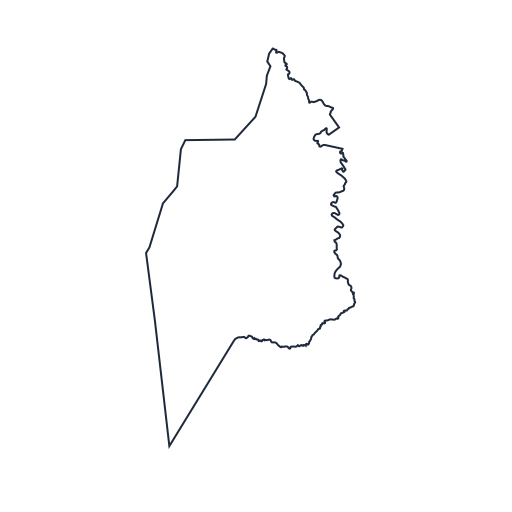 outline of San Pedro Sula, Cortés, Honduras, rotated 284°
{"feature_id": "27666195B7809661399251", "entity_name": "San Pedro Sula", "entity_type": "district", "adm_level": 2, "iso_a3": "HND", "parent_name": "Honduras", "parent_adm1": "Cortés", "projection": "robinson", "projection_center": [-88.073, 15.5], "detail": "fine", "context": "isolated", "style": "outline", "palette": "slate", "viewbox_px": 512, "rotation_deg": 284, "n_neighbors": 0, "source": "geoboundaries", "source_scale": "gbopen_adm2", "svg_char_len": 6165}
<svg xmlns="http://www.w3.org/2000/svg" viewBox="0 0 512 512"><g transform="rotate(284 256 256)"><path d="M461.3,222.0L455.5,219.8L447.4,219.9L443.6,224.1L433.7,222.9L425.3,224.2L391.0,221.8L363.9,207.2L351.3,159.4L341.5,157.3L304.5,162.6L299.6,160.4L284.6,153.0L238.5,150.5L232.3,148.6L168.4,173.7L50.6,217.9L168.5,255.1L170.6,256.0L172.6,258.3L173.2,259.7L173.5,261.4L174.4,263.3L174.6,264.2L173.8,265.8L173.9,266.4L174.5,266.9L174.8,267.4L175.7,267.8L176.7,268.0L177.1,268.5L176.9,269.9L176.8,271.5L176.5,271.9L175.4,272.7L175.2,273.2L175.2,273.4L175.8,274.1L175.0,274.5L175.1,274.9L175.7,275.8L175.6,276.1L175.1,276.6L175.4,277.6L175.4,278.0L175.1,278.5L174.2,279.0L174.1,279.3L174.3,279.7L174.9,280.0L175.1,280.4L174.5,281.7L174.5,282.0L175.1,282.5L176.1,282.6L176.5,283.5L176.9,283.8L176.9,284.1L176.3,284.4L176.2,284.7L176.9,285.4L176.9,286.9L178.0,288.7L178.1,289.4L177.9,290.4L176.7,291.3L176.0,292.5L176.6,294.4L176.7,295.4L176.7,296.1L176.0,297.6L175.2,298.4L173.5,301.8L173.6,302.5L174.3,302.8L174.3,303.6L174.7,304.7L174.7,305.3L175.4,306.3L175.5,307.2L175.7,307.9L175.5,308.8L174.4,310.2L174.2,311.1L174.4,311.4L174.8,311.6L175.9,311.5L176.4,311.8L176.9,312.9L177.4,315.3L177.6,316.6L178.3,317.4L179.6,318.2L178.9,319.3L178.9,319.9L179.0,320.1L180.0,320.8L180.5,321.4L180.5,321.7L180.1,322.8L180.4,323.5L181.0,323.4L181.2,323.6L181.3,324.1L181.1,325.1L181.6,325.5L181.3,325.9L182.4,325.8L183.0,326.2L183.1,326.7L182.5,327.7L182.7,328.0L183.4,328.4L184.3,328.6L185.7,328.3L186.4,328.8L189.0,329.5L190.9,329.3L192.0,329.8L192.9,330.0L193.7,330.9L195.5,331.7L198.2,333.4L200.0,334.0L201.1,335.6L202.3,335.3L203.2,335.9L204.3,335.5L204.7,335.5L205.3,336.5L205.7,336.6L206.5,336.5L206.9,336.7L207.1,337.3L207.1,338.5L207.7,339.2L208.1,339.2L208.5,338.7L209.0,338.3L209.7,338.3L210.1,338.8L210.8,341.0L212.2,342.7L212.4,343.7L212.8,344.4L212.9,346.3L213.1,347.2L213.4,347.9L214.9,349.3L214.8,350.3L215.0,350.6L215.7,351.0L216.6,350.4L217.2,350.4L219.2,351.9L220.8,352.2L222.1,354.1L223.1,355.3L223.5,355.2L223.7,354.6L224.0,354.6L224.2,354.8L224.5,355.2L224.8,356.7L225.1,357.3L226.5,357.8L227.2,358.7L228.1,358.8L229.2,360.6L230.3,361.8L230.8,362.7L231.9,362.8L232.2,363.0L232.9,362.8L235.0,363.4L235.6,363.1L235.9,362.6L236.2,362.5L237.6,362.1L238.8,360.9L240.1,360.8L242.0,360.0L242.9,360.0L242.6,359.3L242.8,359.1L243.4,359.1L243.7,359.0L244.2,359.3L244.5,357.8L245.6,356.4L246.1,356.3L248.0,356.4L249.1,355.9L249.8,355.3L250.6,353.0L251.1,352.5L253.0,351.4L254.6,351.1L255.7,350.5L256.7,346.8L256.9,345.2L257.5,343.7L257.7,342.6L257.6,342.0L257.4,341.7L256.8,341.6L256.1,341.9L255.0,341.8L254.4,341.4L254.1,340.9L253.7,339.3L253.7,338.1L254.1,337.4L255.6,336.8L258.0,336.5L259.8,336.8L261.2,337.3L263.6,338.5L265.8,340.1L268.1,340.4L268.9,340.3L270.4,339.6L271.9,338.5L273.5,336.0L275.5,335.2L276.5,334.4L277.7,332.1L278.9,330.9L279.4,330.8L280.0,330.9L280.5,331.4L281.0,332.5L281.6,332.8L282.1,332.8L284.2,332.1L286.5,331.6L287.4,331.2L288.4,330.3L288.9,328.9L290.2,328.2L290.6,328.6L290.7,329.0L291.2,329.5L293.0,331.2L293.7,332.4L294.8,332.7L296.0,332.8L297.2,332.0L297.8,331.3L298.8,329.6L299.4,327.5L300.2,326.2L300.6,326.0L301.4,326.2L302.7,327.0L303.7,327.6L304.3,328.2L304.5,328.8L304.3,331.9L304.5,332.5L305.6,333.1L307.0,333.3L308.1,332.2L309.7,329.8L311.3,325.2L312.3,323.5L313.3,320.4L313.7,319.8L314.4,319.4L315.0,319.4L315.8,319.8L316.3,320.4L316.6,321.3L316.6,322.2L315.7,325.5L315.9,326.1L316.3,326.5L316.9,326.7L317.5,326.6L318.2,326.3L320.5,324.3L322.0,322.6L322.8,322.0L323.0,321.1L323.0,320.0L323.7,316.8L324.0,316.4L324.5,316.2L325.7,316.4L326.7,317.3L327.1,318.3L326.8,320.1L327.2,320.7L327.9,321.0L331.1,321.2L332.2,321.1L332.9,320.8L333.4,320.2L333.6,319.3L333.4,318.8L332.9,318.2L332.8,317.4L333.5,316.7L334.0,316.7L336.1,317.6L336.6,317.9L337.0,318.5L337.8,321.1L338.3,322.0L339.3,323.2L340.4,324.9L341.6,325.5L342.8,325.3L344.8,324.2L345.1,324.1L347.1,324.9L348.2,324.9L349.9,325.7L350.3,325.6L351.8,324.3L352.6,323.5L354.7,319.5L355.8,316.2L356.7,314.1L357.1,313.6L357.6,313.3L358.1,313.4L358.6,313.8L359.5,315.2L361.8,318.0L361.6,318.6L360.1,318.9L359.1,319.9L358.9,320.4L359.2,320.8L361.2,321.9L361.6,321.9L364.4,319.0L367.4,315.5L368.2,315.1L369.4,314.8L370.3,314.9L370.5,315.3L369.9,316.7L370.0,318.8L369.3,320.4L369.5,321.0L370.1,321.0L370.7,320.4L371.9,318.8L372.8,317.9L373.4,316.8L375.3,316.3L377.1,315.3L377.1,314.9L376.3,314.3L376.0,313.7L376.1,313.1L376.6,312.6L377.1,312.4L377.6,312.4L378.9,313.8L380.9,314.0L380.4,295.9L380.1,294.8L379.7,294.1L377.7,292.2L377.6,291.6L377.7,291.1L378.0,290.8L379.1,290.5L379.6,290.0L379.8,289.6L380.0,288.6L380.3,288.2L380.6,288.2L381.9,288.6L382.6,288.3L382.6,287.7L382.1,285.8L382.1,285.4L382.7,284.1L383.3,283.6L384.2,283.5L385.6,283.6L387.2,284.0L388.1,284.4L388.8,285.2L389.7,287.4L390.6,288.6L390.9,288.8L392.2,289.1L392.7,289.4L393.4,290.0L394.9,291.8L395.3,292.1L396.1,292.3L396.6,292.7L397.0,293.5L396.8,293.8L393.2,294.5L392.4,295.0L391.9,295.6L391.9,296.0L391.5,296.3L391.3,297.3L400.8,305.5L411.1,293.5L411.7,293.4L412.7,293.7L414.3,293.6L414.8,293.8L417.0,295.0L417.6,295.1L418.1,295.0L418.3,294.7L418.4,292.6L418.9,290.7L418.9,289.5L418.6,287.9L418.9,286.6L419.7,285.3L422.3,282.8L423.0,281.7L423.1,281.0L423.0,280.1L422.7,279.3L420.6,277.0L420.3,276.3L419.3,274.9L419.2,274.5L419.3,272.9L418.8,272.0L417.8,271.1L417.7,270.6L418.1,270.3L419.8,269.9L421.1,268.7L422.8,268.0L424.9,266.3L426.7,265.9L427.8,264.5L428.7,263.9L429.3,262.3L430.5,261.9L431.1,261.3L432.2,259.4L434.7,256.1L435.2,253.5L435.3,251.6L436.7,250.2L436.6,249.8L435.8,248.9L435.7,248.4L435.9,247.9L436.9,247.4L437.0,247.1L436.9,246.7L436.3,246.3L435.8,245.7L435.9,245.2L436.4,244.7L439.1,243.3L439.8,243.1L440.0,243.1L440.9,244.1L441.6,244.2L442.3,244.1L442.9,243.7L443.3,243.2L444.1,240.8L444.3,240.4L445.9,240.7L446.9,240.5L447.2,240.0L447.7,238.6L447.9,238.4L448.3,238.4L449.2,239.3L449.6,239.4L449.9,239.2L450.2,238.6L450.6,237.1L451.1,236.6L454.8,235.2L456.7,235.6L457.2,235.5L457.6,235.1L459.2,232.7L459.6,229.7L459.5,228.6L458.4,227.2L458.2,226.5L458.4,226.3L458.7,226.1L460.6,226.2L460.9,226.0L460.8,224.1L461.4,222.6L461.3,222.0Z" fill="none" stroke="#1e293b" stroke-width="2"/></g></svg>